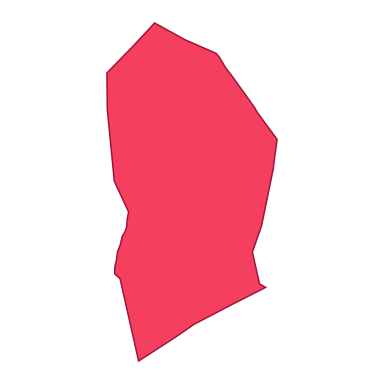 outline of Vila Nova do Piauí, Piauí, Brazil
{"feature_id": "56859067B73920908376253", "entity_name": "Vila Nova do Piauí", "entity_type": "district", "adm_level": 2, "iso_a3": "BRA", "parent_name": "Brazil", "parent_adm1": "Piauí", "projection": "equal_earth", "projection_center": [-40.94, -7.206], "detail": "fine", "context": "isolated", "style": "filled", "palette": "rose", "viewbox_px": 384, "rotation_deg": 0, "n_neighbors": 0, "source": "geoboundaries", "source_scale": "gbopen_adm2", "svg_char_len": 565}
<svg xmlns="http://www.w3.org/2000/svg" viewBox="0 0 384 384"><path d="M106.9,73.0L107.3,109.3L114.3,181.2L128.6,211.9L127.2,219.2L126.7,226.7L125.0,231.8L122.2,236.4L120.3,244.7L117.4,252.2L116.5,259.9L114.9,266.4L114.7,273.8L120.1,278.9L138.6,361.0L175.1,337.4L193.9,324.4L231.2,304.9L265.6,287.4L259.5,283.9L252.4,252.0L261.5,226.1L273.3,168.7L274.4,159.2L277.1,139.4L257.3,112.4L254.3,107.2L232.5,76.7L225.6,67.8L222.2,62.0L219.6,57.5L216.2,53.4L184.9,39.7L180.5,37.3L154.6,23.0L133.3,45.9L106.9,73.0Z" fill="#f43f5e" stroke="#9f1239" stroke-width="1.5"/></svg>